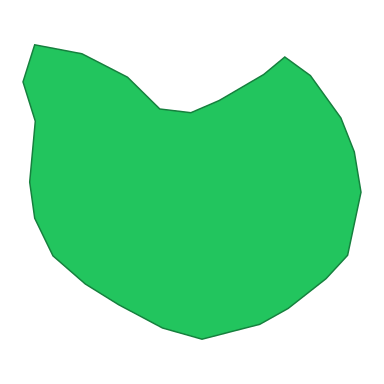 outline of Mingachevir City, Mingəçevir, Azerbaijan
{"feature_id": "54616110B16521863868797", "entity_name": "Mingachevir City", "entity_type": "district", "adm_level": 2, "iso_a3": "AZE", "parent_name": "Azerbaijan", "parent_adm1": "Mingəçevir", "projection": "natural_earth1", "projection_center": [47.024, 40.77], "detail": "fine", "context": "isolated", "style": "filled", "palette": "green", "viewbox_px": 384, "rotation_deg": 0, "n_neighbors": 0, "source": "geoboundaries", "source_scale": "gbopen_adm2", "svg_char_len": 472}
<svg xmlns="http://www.w3.org/2000/svg" viewBox="0 0 384 384"><path d="M304.3,71.2L284.8,57.0L263.7,74.5L219.2,100.5L190.9,112.7L159.8,109.0L127.5,77.2L82.0,53.8L34.7,44.8L32.6,51.4L23.0,81.9L35.3,121.2L29.7,182.1L34.7,218.2L53.0,255.9L85.3,284.0L118.6,304.7L162.5,328.0L202.0,339.2L230.2,331.9L259.8,324.3L288.2,308.4L326.0,278.7L347.6,255.3L361.0,192.2L354.3,151.9L340.9,118.0L315.2,82.3L310.4,75.6L304.3,71.2Z" fill="#22c55e" stroke="#15803d" stroke-width="1.5"/></svg>